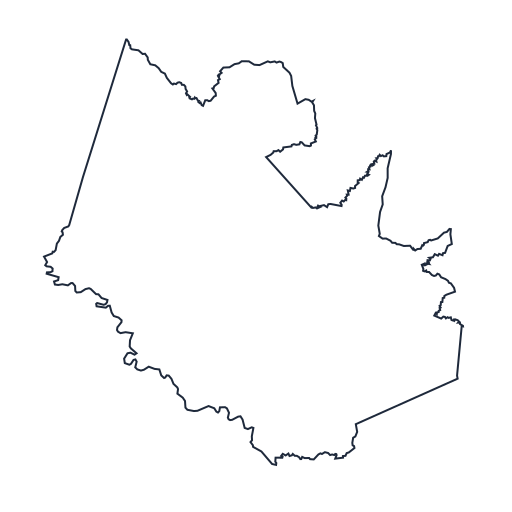 outline of Mambwe, Eastern, Zambia, rotated 274°
{"feature_id": "96606910B40356469041881", "entity_name": "Mambwe", "entity_type": "district", "adm_level": 2, "iso_a3": "ZMB", "parent_name": "Zambia", "parent_adm1": "Eastern", "projection": "orthographic", "projection_center": [32.063, -13.357], "detail": "fine", "context": "isolated", "style": "outline", "palette": "slate", "viewbox_px": 512, "rotation_deg": 274, "n_neighbors": 0, "source": "geoboundaries", "source_scale": "gbopen_adm2", "svg_char_len": 6049}
<svg xmlns="http://www.w3.org/2000/svg" viewBox="0 0 512 512"><g transform="rotate(274 256 256)"><path d="M462.9,111.3L322.8,77.9L273.8,67.5L272.4,66.7L270.6,62.7L268.3,60.9L266.9,60.5L266.2,61.4L263.7,61.9L261.4,59.5L257.4,58.4L254.5,56.5L247.9,55.7L246.0,54.2L246.1,52.9L244.4,52.6L240.6,44.6L235.4,48.0L232.1,46.4L231.1,47.8L230.9,51.9L229.3,54.0L226.6,54.0L225.5,52.1L225.1,48.6L223.7,48.4L221.1,60.6L218.1,60.3L216.5,56.3L213.5,57.4L213.3,60.7L214.3,64.8L213.6,70.4L216.1,73.4L216.2,74.9L213.5,77.6L208.5,78.2L207.1,79.7L207.7,83.7L211.1,88.2L212.2,91.7L211.6,93.4L206.8,99.1L206.8,101.5L203.3,104.9L201.8,110.9L199.4,110.6L197.5,109.3L196.7,107.4L198.0,100.8L197.1,99.9L194.7,100.5L194.0,109.8L196.0,111.9L196.2,113.6L189.6,115.9L186.2,118.3L185.0,123.2L182.5,126.4L180.6,126.4L175.2,122.7L172.5,122.5L170.9,123.6L169.6,126.2L170.9,131.2L170.3,138.5L163.2,136.2L156.9,136.3L155.1,137.6L150.6,143.6L149.1,141.7L150.8,137.5L150.0,134.6L144.4,131.6L140.0,132.6L138.7,137.3L139.7,138.8L143.8,141.1L144.4,142.9L142.3,144.3L136.5,143.3L134.6,145.5L133.7,149.2L134.7,152.1L138.1,156.7L136.3,162.7L136.1,167.5L130.3,169.8L127.9,172.8L128.4,173.9L130.7,175.2L130.6,177.3L127.6,180.2L122.7,182.6L119.4,186.7L117.8,187.5L113.2,187.2L109.6,192.8L106.4,195.3L99.8,196.2L97.8,198.3L97.0,204.9L97.5,208.4L103.0,219.1L101.2,225.0L98.0,227.3L97.2,229.0L98.7,230.2L102.5,230.6L103.0,235.7L102.0,237.6L97.7,240.0L92.8,239.2L91.2,240.1L90.5,241.6L90.9,243.6L94.5,249.4L95.0,251.7L91.9,254.0L83.7,256.7L82.8,260.0L84.8,263.7L84.3,265.4L75.8,264.4L71.9,264.9L70.0,263.5L67.0,266.1L65.4,266.4L61.4,275.0L49.6,286.6L49.0,290.6L50.9,290.7L52.2,289.6L56.2,289.6L56.6,296.3L57.7,296.5L58.4,295.1L60.5,296.5L59.1,299.5L61.2,302.1L58.8,303.4L59.7,305.7L61.1,306.5L59.4,308.6L59.5,310.7L58.3,313.0L56.5,314.4L56.6,315.3L58.8,316.1L57.8,318.6L58.2,323.1L57.1,324.1L57.1,327.8L62.4,332.1L63.6,334.0L63.1,335.6L65.1,338.4L64.5,341.7L62.6,343.8L63.3,345.8L62.9,348.0L64.1,348.9L64.0,349.9L63.0,350.3L59.4,349.2L60.9,356.9L62.5,356.7L62.9,359.2L65.7,360.2L66.5,362.3L71.3,367.6L73.2,367.1L73.9,365.6L76.3,365.1L81.5,365.6L82.9,367.7L87.6,369.2L95.2,367.3L147.7,465.7L150.7,464.9L200.6,466.1L200.3,467.4L200.8,467.3L202.3,464.3L203.7,464.1L203.6,462.3L204.7,463.2L206.0,461.7L206.7,459.1L205.4,458.5L206.2,457.8L205.3,457.3L205.8,455.5L208.4,454.6L207.7,452.5L208.3,451.4L207.0,449.8L208.4,448.7L208.6,447.1L206.5,445.1L209.0,438.0L211.7,439.2L210.7,440.4L212.4,440.5L212.8,442.1L214.1,442.1L214.9,443.5L217.0,442.8L217.5,443.7L219.0,442.6L219.9,443.7L222.9,443.7L223.1,445.1L227.1,445.2L227.5,446.7L229.3,446.7L230.7,448.7L234.3,457.0L238.1,455.8L242.3,452.3L242.8,450.3L244.6,449.3L246.2,446.6L247.7,442.1L250.4,440.1L251.0,438.2L249.1,436.8L248.5,435.0L249.3,432.8L252.1,429.8L252.0,427.2L253.4,426.8L252.4,425.1L252.9,423.7L254.7,423.9L258.8,422.0L259.9,424.1L258.5,424.5L258.5,425.2L259.5,426.9L260.3,426.3L260.1,429.2L261.5,427.8L261.7,428.8L262.8,428.3L262.8,427.4L263.8,427.4L263.8,429.8L265.3,430.3L266.3,428.9L267.1,432.6L270.3,434.2L269.0,437.5L270.9,438.5L269.8,442.0L271.9,442.4L272.3,444.4L279.4,446.5L281.6,450.5L291.2,448.4L296.4,448.5L296.5,447.1L293.3,444.7L292.4,441.9L286.2,436.1L283.7,429.6L284.3,428.6L283.8,427.1L281.8,426.3L280.6,422.7L278.9,422.7L278.0,421.9L278.4,421.1L274.7,419.8L274.2,416.5L272.6,414.4L273.8,413.2L273.1,413.3L273.2,412.3L277.0,409.0L276.3,402.8L277.6,398.1L277.6,395.5L278.8,394.2L278.7,390.9L280.6,389.1L282.5,384.7L282.2,381.0L284.5,377.2L286.7,377.9L294.9,375.9L308.6,376.7L316.3,378.8L324.4,377.7L333.6,380.4L343.1,381.9L352.7,381.2L367.1,383.5L370.8,383.3L368.6,382.4L366.8,379.1L364.7,379.0L364.3,376.6L365.3,375.3L364.4,373.6L365.6,372.3L364.1,371.6L364.0,370.8L362.1,370.5L361.9,369.3L361.2,369.9L359.9,369.1L358.6,369.5L359.3,367.6L358.3,366.9L356.3,367.6L355.9,366.0L354.9,366.8L354.2,365.7L355.3,364.3L354.3,363.5L353.2,363.9L352.4,362.5L350.3,363.2L350.3,361.8L348.5,362.0L347.7,360.9L347.5,362.2L345.5,361.2L344.9,362.9L343.8,361.6L343.7,359.1L341.6,358.2L342.0,357.3L339.4,356.3L340.4,354.5L338.9,354.2L338.6,352.2L336.6,352.3L336.0,353.3L332.7,349.9L330.8,350.1L330.1,348.4L330.5,345.5L327.4,345.1L327.8,343.0L323.7,344.1L323.6,342.4L322.7,342.9L320.5,341.1L319.5,342.1L318.0,342.1L318.2,341.1L316.5,339.7L317.3,338.0L315.0,336.4L313.0,337.9L311.8,337.8L313.1,326.7L312.7,324.5L309.7,323.5L311.5,320.3L310.0,315.4L310.6,314.4L309.9,314.1L309.2,316.3L307.7,313.5L308.6,312.1L307.9,309.4L309.0,308.1L308.3,307.7L355.4,259.2L357.9,263.5L360.4,266.0L361.8,266.3L362.0,269.2L363.2,271.0L361.7,272.8L364.2,275.5L366.2,275.7L367.8,283.7L369.3,284.0L370.2,286.1L369.7,288.4L370.4,291.5L372.8,292.3L372.6,293.7L369.7,296.8L369.3,301.9L370.0,303.1L372.1,302.9L374.4,307.7L376.5,306.5L377.9,307.8L378.5,307.1L379.2,307.8L380.3,307.1L381.3,308.1L385.9,308.4L387.1,307.6L387.9,308.2L390.6,306.7L391.3,307.2L397.7,305.2L402.3,305.2L404.8,303.9L410.4,303.3L413.2,301.3L414.7,302.1L413.8,300.6L415.5,297.7L415.9,294.3L410.9,286.8L428.2,280.4L438.1,278.5L441.2,276.6L446.5,270.0L450.3,269.2L451.2,267.5L451.6,265.8L450.4,263.0L451.4,261.1L450.2,256.7L451.0,254.2L446.7,246.2L446.7,240.9L449.7,235.3L449.3,228.2L447.0,225.4L445.9,221.2L442.4,216.4L441.7,210.3L437.8,207.3L436.3,208.9L434.8,207.1L433.5,206.8L434.1,206.0L433.1,205.4L429.9,207.5L428.8,205.8L426.1,206.6L422.3,202.4L420.6,202.1L420.1,200.8L415.8,204.4L413.1,204.8L412.1,203.0L407.7,199.9L407.2,198.1L408.0,196.5L407.8,194.5L402.1,192.7L402.7,191.3L405.3,190.0L404.6,189.2L405.6,187.8L406.7,188.2L406.7,187.4L409.4,185.6L409.1,184.5L409.8,183.9L408.5,183.4L408.6,182.1L407.8,181.2L408.6,178.8L409.7,178.4L410.2,179.0L412.5,176.2L411.9,175.7L413.4,174.8L415.3,175.8L417.8,174.1L420.2,173.7L421.7,172.1L421.6,170.1L423.4,169.3L424.0,167.3L423.4,165.6L421.9,164.3L422.3,162.1L421.3,161.1L422.4,159.2L427.5,154.6L431.6,152.4L433.1,148.6L436.6,145.8L439.2,142.2L439.9,137.2L444.2,134.4L446.5,134.1L450.0,131.2L449.6,128.8L453.0,124.4L453.5,117.8L454.5,116.3L457.5,115.8L457.6,114.9L460.7,113.9L463.0,112.0L462.9,111.3Z" fill="none" stroke="#1e293b" stroke-width="2"/></g></svg>